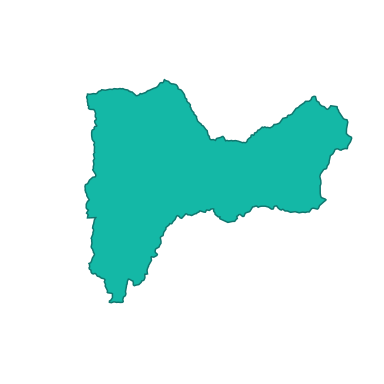 the district of Oyon, Lima, Peru, rotated 200°
{"feature_id": "86281439B90179461715440", "entity_name": "Oyon", "entity_type": "district", "adm_level": 2, "iso_a3": "PER", "parent_name": "Peru", "parent_adm1": "Lima", "projection": "orthographic", "projection_center": [-76.859, -10.718], "detail": "fine", "context": "isolated", "style": "filled", "palette": "teal", "viewbox_px": 384, "rotation_deg": 200, "n_neighbors": 0, "source": "geoboundaries", "source_scale": "gbopen_adm2", "svg_char_len": 6028}
<svg xmlns="http://www.w3.org/2000/svg" viewBox="0 0 384 384"><g transform="rotate(200 192 192)"><path d="M140.3,182.5L141.6,184.4L140.6,185.6L140.4,186.6L139.1,187.4L136.4,186.4L135.7,186.4L134.9,187.0L134.7,190.2L133.7,191.3L131.5,193.0L130.9,193.9L129.9,198.7L128.9,199.2L127.6,200.4L126.3,200.9L124.6,200.3L123.4,201.5L121.9,202.4L118.3,203.7L114.9,204.0L111.6,203.1L110.0,203.7L109.8,204.7L109.9,206.3L109.4,207.0L107.7,207.9L105.4,206.3L103.3,205.6L101.9,205.6L101.1,206.6L100.5,206.8L98.1,206.0L95.9,206.8L92.5,206.6L88.3,208.8L84.2,209.1L81.0,211.0L78.5,211.5L77.1,212.6L75.0,213.4L73.9,217.3L72.6,218.3L68.4,218.8L68.0,219.2L67.6,220.1L67.5,222.9L64.2,228.9L63.5,229.8L63.5,230.6L64.4,230.9L68.0,231.0L69.0,231.4L69.8,232.3L71.1,234.7L73.8,241.9L73.6,242.8L73.8,244.2L74.9,246.8L77.2,250.2L77.4,252.8L76.0,258.0L75.3,258.9L74.1,259.4L73.6,260.6L73.9,262.7L73.2,265.2L73.2,266.5L73.6,267.6L74.4,273.4L72.7,276.0L72.2,278.8L72.2,280.8L70.5,282.2L68.9,282.4L67.9,282.1L66.2,282.3L65.5,283.3L62.9,285.3L61.9,285.4L60.9,285.9L61.4,288.7L60.3,293.4L60.3,296.9L60.9,298.0L64.1,298.4L66.9,299.7L68.4,304.2L69.5,311.0L71.1,312.9L73.2,312.5L74.8,312.7L81.7,317.8L82.2,318.8L83.8,319.9L84.9,321.8L91.1,320.5L91.6,318.4L92.8,316.1L93.8,315.9L96.9,317.4L99.5,317.2L101.8,318.0L103.5,319.8L105.4,320.0L106.4,320.6L108.6,323.9L110.0,323.7L110.7,323.1L111.5,322.3L111.8,321.0L111.6,319.7L112.7,317.7L113.3,317.2L116.4,316.0L117.1,314.1L120.1,310.0L121.0,307.8L122.8,306.1L124.7,299.4L126.6,297.5L127.7,297.2L128.3,296.1L128.2,294.6L131.8,292.3L133.3,286.8L135.3,284.9L136.6,284.1L138.0,283.5L138.2,282.4L139.0,280.7L140.7,278.9L143.3,278.5L144.2,277.9L145.8,278.1L147.1,276.9L147.8,277.1L148.3,276.9L149.9,273.5L151.2,272.7L151.7,270.1L152.1,269.7L152.8,269.5L153.4,268.8L153.2,267.3L153.5,266.4L155.0,266.3L155.8,265.6L155.5,263.6L156.8,261.9L157.7,260.0L157.6,258.4L158.1,257.2L158.6,256.6L160.6,256.2L161.4,255.6L165.5,255.6L168.7,255.2L171.3,253.9L172.3,254.0L175.1,252.5L176.6,252.5L178.0,251.6L180.5,254.0L181.9,254.8L182.7,254.4L183.1,253.7L184.8,252.3L186.9,251.0L187.3,250.4L187.6,248.5L189.8,248.6L191.9,247.6L192.9,247.7L194.3,249.0L194.4,249.7L195.2,250.5L196.0,250.8L196.8,251.6L198.7,254.8L200.4,255.5L204.0,257.9L205.7,258.0L206.5,258.9L209.0,259.7L211.0,260.6L213.2,263.3L213.4,264.3L215.6,265.5L216.5,265.6L217.6,267.4L219.0,267.9L221.0,269.4L221.9,270.8L222.9,271.4L223.3,273.3L225.3,274.6L226.1,274.6L228.1,275.7L228.7,277.4L230.6,278.1L232.5,281.0L235.8,283.4L237.4,284.2L240.2,284.1L240.6,284.4L240.9,285.5L242.5,286.8L243.8,287.4L246.4,287.2L248.2,286.6L250.3,287.0L251.8,287.9L255.0,287.7L256.2,288.2L256.5,287.7L256.3,285.9L257.0,284.5L258.3,284.3L259.3,283.5L260.2,279.9L261.2,278.1L263.8,276.0L267.1,272.7L268.0,272.3L268.3,271.5L269.0,271.0L269.5,269.6L270.3,269.1L272.9,266.9L274.3,266.8L274.9,265.2L276.3,263.9L277.4,263.4L282.5,265.5L284.3,265.0L285.0,265.5L285.7,265.2L287.2,265.9L290.3,265.3L292.4,265.5L293.5,264.8L295.1,264.6L297.0,263.4L300.5,262.5L302.0,261.1L304.4,260.5L308.2,258.0L311.9,257.2L312.2,256.2L314.2,254.5L314.9,252.5L316.0,251.3L318.2,250.8L321.3,248.9L323.7,248.3L323.3,246.6L323.6,245.8L323.3,244.7L321.7,242.8L321.4,241.4L320.0,239.3L319.5,237.8L318.3,237.4L318.0,235.4L317.4,235.0L316.1,234.8L312.5,235.9L311.0,234.9L309.3,232.6L309.3,231.5L308.6,229.5L307.4,228.8L306.9,227.9L306.8,227.1L307.7,225.9L307.6,224.9L306.6,223.6L304.1,221.6L304.3,221.1L305.7,220.3L306.0,218.9L305.6,218.3L305.5,217.5L306.8,216.2L307.0,215.5L306.6,213.4L305.5,210.5L303.8,207.4L302.1,206.1L301.1,205.7L300.3,204.7L300.5,202.9L299.1,201.3L297.7,196.7L297.0,195.9L297.5,193.7L295.0,190.0L295.5,187.6L293.7,184.7L293.4,181.8L292.7,180.5L292.9,178.9L288.7,175.7L287.9,174.4L288.1,173.2L290.3,171.9L292.4,168.1L292.9,164.3L293.2,163.8L294.6,162.5L294.5,160.7L293.1,157.9L293.2,157.3L292.4,156.5L292.1,155.6L291.3,155.1L289.9,153.6L289.6,152.5L285.9,149.5L286.3,148.3L286.9,147.7L287.2,144.4L286.0,140.9L285.3,140.3L283.2,139.5L283.9,136.1L282.4,135.5L281.6,134.8L281.8,134.0L281.4,131.9L273.7,135.0L274.2,132.5L273.5,128.1L273.6,126.9L273.1,124.1L272.0,123.5L271.2,121.8L271.3,120.2L270.7,118.6L270.9,113.9L269.9,113.0L269.5,111.6L268.5,109.7L268.0,106.0L267.4,105.2L265.7,104.1L265.4,103.5L264.4,102.5L263.9,101.4L262.8,100.8L262.2,99.6L263.0,95.9L262.8,92.6L263.1,90.8L264.4,89.6L263.6,88.9L262.5,86.4L262.8,85.5L262.1,84.5L260.3,84.0L259.3,82.1L258.1,81.3L256.8,81.2L255.3,82.3L254.4,82.2L252.2,80.6L251.0,80.6L250.0,81.0L249.0,80.3L247.2,80.1L245.3,80.4L243.9,80.0L243.6,79.2L243.7,77.6L241.7,75.7L241.4,73.9L237.8,70.5L237.4,69.7L237.4,68.8L236.6,68.5L233.1,69.3L232.0,69.2L230.6,65.4L231.3,62.6L232.3,61.3L231.9,60.1L229.9,60.4L227.8,62.1L225.0,62.5L223.9,63.1L221.6,63.7L219.7,64.5L219.3,65.0L219.2,65.6L220.3,67.4L220.4,70.0L219.2,71.7L219.2,73.0L219.3,73.8L220.4,75.5L221.5,81.7L221.8,82.3L221.5,83.2L222.2,86.1L222.0,88.4L220.6,88.6L218.2,88.1L217.2,88.2L216.1,86.7L215.7,85.3L215.3,84.6L214.2,84.2L212.4,85.6L210.3,86.8L208.9,89.6L208.7,91.3L207.6,92.1L207.0,92.9L206.9,95.3L208.1,98.2L208.1,98.7L207.3,98.9L205.8,99.8L207.2,102.4L207.6,103.7L207.6,106.4L207.4,107.2L207.7,107.8L206.7,113.9L208.2,116.8L207.8,117.4L206.2,117.5L205.4,117.9L203.3,120.3L203.2,121.5L203.9,122.0L205.5,122.5L206.3,123.4L206.5,124.2L206.7,125.5L206.5,126.3L204.2,128.9L204.1,131.4L203.6,133.2L204.3,135.1L206.1,138.1L206.1,138.8L205.8,139.5L204.3,141.2L204.8,144.4L203.8,148.2L204.4,149.7L202.3,153.2L202.1,154.7L200.8,154.9L200.1,155.5L199.7,157.8L198.5,160.4L198.3,163.6L197.8,164.6L197.4,164.9L195.7,164.6L194.3,163.7L192.9,163.7L192.5,164.1L190.4,169.3L189.6,169.6L188.2,169.1L185.9,169.8L184.6,169.7L184.0,170.1L181.9,172.4L180.4,173.3L180.1,174.2L178.5,175.8L178.4,176.6L178.0,177.0L173.8,177.2L172.5,177.6L172.3,179.7L171.9,180.2L169.4,180.6L169.0,181.0L168.6,182.2L166.8,183.3L165.8,183.4L165.1,181.4L163.3,180.2L162.6,178.9L158.9,177.6L157.1,178.1L157.0,176.9L156.5,176.4L147.9,175.7L143.7,178.3L142.1,178.9L141.7,179.3L140.9,182.1L140.3,182.5Z" fill="#14b8a6" stroke="#0f766e" stroke-width="1.5"/></g></svg>